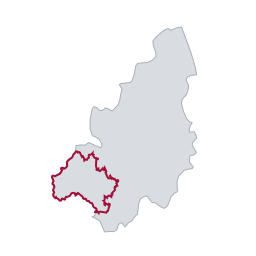 location of Luxembourg within Belgium, rotated 96°
{"feature_id": "BEL-3477", "entity_name": "Luxembourg", "entity_type": "Province", "adm_level": 1, "iso_a3": "BEL", "parent_name": "Belgium", "parent_adm1": "", "projection": "natural_earth1", "projection_center": [5.558, 49.963], "detail": "fine", "context": "in_parent", "style": "outline", "palette": "rose", "viewbox_px": 256, "rotation_deg": 96, "n_neighbors": 0, "source": "natural_earth", "source_scale": "10m", "svg_char_len": 4997}
<svg xmlns="http://www.w3.org/2000/svg" viewBox="0 0 256 256"><g transform="rotate(96 128 128)"><path d="M116.0,64.8L120.3,66.6L124.1,67.0L125.8,66.2L124.7,61.9L127.8,59.7L131.3,58.6L132.8,60.4L135.9,62.3L138.4,62.3L145.1,57.5L146.7,58.4L148.1,60.2L148.4,61.6L148.7,63.0L150.2,63.6L155.5,63.3L158.1,60.7L160.3,59.0L161.8,60.1L162.6,63.4L164.0,67.6L170.3,72.4L175.6,73.7L182.2,72.8L184.8,72.0L186.5,72.7L188.2,75.2L192.0,78.1L199.9,80.1L202.3,81.3L204.0,83.2L203.6,86.0L199.8,92.8L199.3,94.9L199.8,95.6L199.1,96.8L194.2,101.5L193.7,103.1L195.3,105.7L196.7,107.9L199.7,109.0L202.4,109.4L207.7,109.5L213.3,109.7L213.9,110.9L220.2,114.7L222.2,117.7L226.7,120.5L223.0,124.1L223.5,125.8L224.9,127.4L230.0,128.4L232.5,130.8L232.7,134.4L233.8,140.4L223.4,146.3L220.4,152.9L220.2,154.2L219.8,154.0L218.6,151.8L216.7,151.8L212.4,150.9L206.3,156.9L203.6,161.8L202.0,165.5L199.5,168.4L199.1,171.6L199.4,172.9L198.5,174.5L198.5,176.3L202.0,179.8L202.9,181.7L207.1,187.9L205.8,190.2L204.8,192.6L203.5,194.4L202.1,195.5L197.7,195.4L192.1,196.2L188.3,197.4L186.4,197.4L182.4,194.3L177.9,189.7L175.0,187.5L173.7,185.6L170.2,184.8L165.1,182.5L161.6,180.0L158.6,178.4L154.4,177.7L150.9,177.8L149.9,173.6L149.5,168.8L146.6,165.6L150.6,153.1L148.3,151.9L145.7,152.9L142.0,155.9L140.3,159.4L139.2,162.6L133.0,165.6L123.3,166.6L112.6,165.6L111.1,164.7L110.4,163.8L110.4,162.7L111.2,161.0L113.1,159.0L113.5,156.1L111.6,153.5L110.4,152.6L110.9,150.1L112.3,147.0L112.6,145.3L105.4,140.0L100.2,139.0L95.2,138.8L91.3,138.2L89.1,138.4L87.4,140.0L85.8,141.1L84.6,139.7L82.4,130.4L80.7,129.0L74.2,127.4L65.3,126.8L62.9,125.1L61.7,120.9L60.9,115.8L58.1,111.0L56.6,109.8L53.9,107.6L49.3,108.5L43.7,111.3L40.4,112.1L39.1,112.4L34.7,109.6L29.8,105.4L25.9,100.8L25.0,98.3L26.2,95.2L24.8,92.9L22.7,88.6L22.2,85.2L46.3,73.3L60.9,67.3L67.8,65.4L69.4,71.5L70.6,73.5L72.3,74.7L74.4,75.0L76.9,73.5L80.4,71.9L86.0,72.6L90.0,74.1L91.5,75.6L94.1,77.1L98.1,77.4L105.7,74.6L113.0,70.4L115.2,67.5L116.0,64.8Z" fill="#d9dde1" stroke="#a8b0b8" stroke-width="1"/><path d="M168.9,185.2L167.6,184.9L166.6,184.3L165.8,183.6L163.4,180.8L162.8,180.3L160.8,179.8L159.7,179.3L157.6,177.6L156.6,177.1L156.7,176.6L156.9,175.4L157.6,175.3L157.2,173.9L157.4,173.3L161.6,170.8L160.7,170.0L162.1,168.9L164.9,168.0L163.7,167.0L163.9,165.5L162.3,164.8L161.7,163.8L159.4,164.2L158.8,164.0L158.1,161.6L156.7,160.6L157.8,160.6L158.2,159.5L158.7,159.9L159.2,159.8L161.0,158.2L161.6,157.0L161.1,156.6L162.0,153.9L162.3,155.9L163.5,156.2L168.7,155.9L169.8,155.7L171.3,154.9L172.8,155.0L173.1,154.2L171.7,153.1L173.3,152.7L173.8,151.4L171.8,149.6L171.9,148.8L171.2,148.8L171.8,148.1L169.7,147.2L170.7,146.6L172.3,146.7L172.2,145.8L173.4,145.1L174.0,145.1L174.6,145.7L178.5,143.6L180.1,142.3L180.1,141.3L179.6,140.1L178.3,140.2L177.6,141.0L177.2,140.7L180.2,138.8L179.4,138.0L180.5,136.7L180.1,135.8L181.9,134.4L180.8,132.8L181.1,132.3L181.9,132.2L184.3,133.8L186.5,132.6L187.0,134.0L187.9,134.1L187.8,134.8L188.1,135.0L189.0,135.1L190.9,134.4L193.9,136.7L195.7,136.6L195.4,137.4L198.2,137.4L197.3,139.2L197.3,140.0L198.2,141.2L199.7,141.5L198.2,144.1L201.6,143.7L202.5,143.9L202.8,144.6L203.2,143.9L206.7,143.5L207.1,142.8L205.1,142.6L206.4,140.1L205.3,139.4L205.8,138.1L212.5,139.3L212.6,139.9L214.4,140.7L214.1,147.2L214.4,148.0L215.6,148.2L214.8,148.9L215.0,149.7L215.1,149.9L215.0,152.0L214.5,151.9L214.1,151.3L214.0,150.7L213.6,150.3L212.8,150.9L211.6,151.0L211.1,151.7L210.9,152.6L210.4,153.6L209.6,154.4L207.6,155.2L206.6,155.9L206.4,156.3L206.3,157.5L206.2,158.0L205.9,158.4L205.1,158.9L204.7,159.4L204.8,160.2L204.8,160.9L204.6,161.4L204.2,161.8L203.1,162.2L202.8,162.6L202.7,163.5L203.1,163.9L203.3,164.3L202.7,165.3L202.3,165.7L201.5,165.8L201.1,166.0L200.6,166.5L200.4,166.9L200.3,167.2L200.1,167.7L198.1,170.4L197.9,171.1L198.6,171.4L199.8,172.1L200.3,172.8L198.9,172.7L198.9,173.1L198.8,173.3L198.7,173.4L198.6,173.7L199.1,174.1L198.5,174.5L198.2,175.2L198.3,176.0L198.6,176.9L199.2,177.7L199.8,177.9L200.4,178.0L201.1,178.4L201.5,178.8L202.8,181.0L202.9,181.3L203.0,182.3L203.0,182.5L203.3,182.7L204.1,182.9L204.4,183.0L204.7,183.1L205.1,183.0L205.4,183.0L205.8,183.4L205.8,183.6L205.8,184.0L205.6,184.3L205.4,184.5L205.3,184.9L205.3,185.4L205.1,185.6L205.0,185.9L205.2,186.4L205.6,186.6L206.7,186.7L207.1,187.0L207.4,188.0L207.1,188.6L206.6,189.1L206.1,189.5L205.4,191.1L205.0,191.8L204.3,192.3L205.3,192.8L204.7,193.9L203.5,195.0L202.2,195.5L201.5,195.4L200.3,194.8L199.7,194.7L199.1,195.0L198.4,195.7L197.7,196.0L196.5,195.8L195.3,195.3L194.0,195.1L192.6,195.7L192.0,196.4L191.9,196.9L191.7,197.2L190.9,197.3L190.4,197.2L188.6,196.5L187.6,196.9L186.2,197.8L184.8,198.5L183.6,198.3L183.2,197.6L183.3,197.0L183.4,196.3L183.5,195.6L183.2,195.0L180.6,190.9L179.9,190.5L179.5,190.2L177.8,189.6L177.2,189.3L176.8,189.3L176.6,189.5L176.4,189.9L176.1,190.2L175.7,190.3L174.8,190.2L174.5,189.9L174.4,189.2L174.5,188.2L175.0,188.0L175.2,187.7L174.9,186.7L173.8,185.6L172.6,184.6L171.4,184.6L168.9,185.2Z" fill="none" stroke="#9f1239" stroke-width="2"/></g></svg>